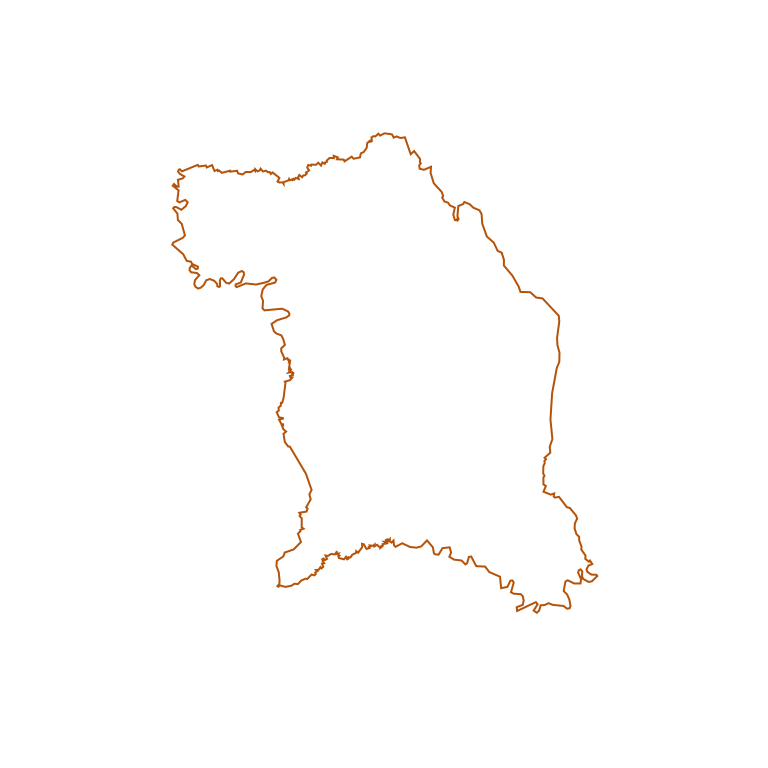 the district of Bojonegoro, Jawa Timur, Indonesia, rotated 243°
{"feature_id": "22746128B62232019301027", "entity_name": "Bojonegoro", "entity_type": "district", "adm_level": 2, "iso_a3": "IDN", "parent_name": "Indonesia", "parent_adm1": "Jawa Timur", "projection": "mercator", "projection_center": [111.819, -7.228], "detail": "fine", "context": "isolated", "style": "outline", "palette": "amber", "viewbox_px": 768, "rotation_deg": 243, "n_neighbors": 0, "source": "geoboundaries", "source_scale": "gbopen_adm2", "svg_char_len": 6165}
<svg xmlns="http://www.w3.org/2000/svg" viewBox="0 0 768 768"><g transform="rotate(243 384 384)"><path d="M129.0,487.8L133.2,487.4L132.6,485.9L136.9,484.0L139.7,485.7L146.9,484.6L149.3,486.1L156.0,486.9L159.3,488.5L162.8,487.3L168.6,488.2L173.1,490.7L176.3,494.9L179.6,495.4L189.2,493.3L191.2,491.0L204.0,488.7L205.2,484.7L206.7,484.1L209.2,486.0L209.7,482.4L215.6,477.2L219.6,481.9L222.2,480.5L228.5,483.7L229.3,485.3L232.0,485.2L238.6,488.8L240.4,491.2L242.6,492.0L243.5,494.2L245.4,493.6L247.3,501.0L252.9,503.2L258.4,509.0L276.8,516.2L299.6,529.7L319.8,545.2L324.2,550.3L332.3,554.6L340.0,556.2L346.6,559.2L360.0,568.5L365.4,570.7L388.3,564.1L392.0,558.8L399.4,556.0L404.1,547.4L409.6,548.2L422.2,547.6L435.2,544.6L440.0,547.2L447.5,548.5L451.1,545.7L460.0,546.0L468.7,542.6L482.2,544.3L491.1,548.1L495.5,547.9L500.4,543.7L505.4,541.9L509.7,538.2L508.4,536.2L508.8,531.0L500.2,525.6L497.1,525.3L496.4,524.0L497.7,523.9L497.1,522.5L498.0,521.6L503.4,522.6L509.0,527.2L513.2,523.8L516.5,523.4L519.2,520.7L523.7,520.5L524.7,522.1L529.0,522.6L540.2,519.5L550.8,521.3L556.2,524.5L556.7,516.8L559.7,513.5L562.8,514.6L564.0,517.0L565.5,516.7L568.1,518.3L577.9,516.6L576.6,512.1L594.3,514.6L595.8,510.2L598.9,507.6L599.1,504.5L602.6,504.5L603.6,503.4L607.1,498.3L607.1,493.3L609.6,492.6L608.5,488.6L609.6,487.2L609.4,484.8L605.9,483.4L606.1,481.6L607.1,481.7L606.3,478.5L602.3,475.8L599.9,471.3L600.0,468.0L596.8,465.5L598.5,459.2L601.2,458.4L600.3,449.9L602.2,450.0L605.6,444.1L606.9,445.7L610.1,442.8L608.0,441.9L610.1,438.2L609.1,434.5L607.9,434.0L608.1,432.3L606.5,430.7L607.7,431.1L609.4,429.7L607.2,427.0L611.0,425.9L610.2,422.9L612.5,418.9L611.6,418.1L613.5,416.0L611.8,413.9L608.3,414.2L607.8,410.5L606.5,410.6L605.8,408.5L606.5,406.8L605.4,404.9L608.7,403.4L607.4,401.5L605.4,401.1L607.7,398.9L606.8,396.9L607.9,396.7L607.8,395.1L606.3,395.2L608.1,394.7L608.3,392.6L609.7,392.5L608.8,391.6L609.4,386.1L607.9,385.4L609.7,385.2L611.1,382.2L612.7,381.6L612.1,380.3L615.2,384.4L623.1,380.7L622.5,378.5L624.8,378.4L625.3,376.8L627.7,375.7L628.3,372.6L631.9,371.8L630.7,370.2L630.9,367.8L633.9,366.8L632.5,365.9L633.7,365.7L633.3,361.5L635.7,357.0L634.9,353.1L637.9,349.6L640.7,349.9L643.0,343.4L643.9,343.7L645.8,335.3L649.1,334.0L649.1,332.7L650.5,332.9L650.7,329.7L657.1,330.2L657.4,324.4L659.5,324.5L661.9,317.7L663.8,317.5L665.2,300.5L668.0,299.6L668.1,298.5L666.8,296.9L663.8,297.5L659.5,300.4L658.6,298.1L659.5,293.1L653.1,290.7L653.7,289.2L657.5,287.7L656.5,285.8L649.8,288.9L640.9,282.8L638.7,284.2L638.3,290.5L635.0,291.6L632.5,288.2L631.2,282.6L635.9,279.3L636.9,277.6L636.3,275.9L629.6,277.3L623.7,274.8L618.5,276.5L606.8,274.1L605.6,271.1L605.7,260.6L604.3,258.6L590.9,264.0L583.3,264.1L580.5,267.6L578.2,267.5L573.0,271.5L571.4,270.4L571.7,268.6L577.0,266.3L575.4,263.4L573.5,262.4L571.1,262.9L567.8,267.7L564.8,268.9L562.3,262.6L559.0,260.3L556.5,260.1L553.5,261.6L553.0,264.4L553.9,268.1L557.1,272.7L556.6,276.5L553.0,279.6L548.9,280.8L546.8,279.9L545.3,281.1L545.6,282.4L550.7,284.7L552.2,286.6L551.4,288.0L546.0,289.2L543.8,291.6L545.5,297.9L549.4,304.6L549.2,308.7L547.2,309.7L544.9,308.9L539.4,302.4L540.1,297.2L538.8,296.2L537.2,296.7L536.3,306.6L530.7,315.2L528.7,323.0L527.9,327.6L529.4,332.7L528.6,334.7L525.6,335.4L523.8,332.9L525.7,324.3L523.3,318.9L518.0,314.5L513.0,314.0L506.6,310.1L503.9,310.9L497.3,327.5L492.1,331.5L489.6,331.6L488.2,330.7L487.7,327.2L489.4,317.6L488.6,311.1L481.1,309.9L478.2,310.8L473.9,314.6L470.1,314.6L463.9,313.5L462.4,308.6L459.8,307.3L452.6,307.0L451.3,306.0L450.8,309.7L449.0,309.5L448.6,310.4L446.8,309.3L446.9,310.6L440.0,305.7L439.0,306.0L440.3,307.6L438.9,307.7L437.5,304.0L436.4,307.5L434.0,308.6L435.0,307.8L434.8,306.9L433.4,306.9L433.9,303.8L432.4,303.6L431.4,305.2L430.1,302.1L431.1,296.7L429.7,296.7L417.6,288.5L413.5,284.8L414.0,283.6L411.5,282.1L410.9,279.4L408.0,278.1L407.6,275.6L402.0,275.3L398.9,279.1L399.8,274.3L394.7,274.4L393.9,275.8L393.0,275.4L393.8,274.2L389.3,273.8L386.1,275.2L385.2,271.8L377.2,269.3L371.8,270.3L370.9,271.7L339.6,273.7L322.5,271.4L319.5,267.4L314.5,266.3L309.5,258.7L307.6,259.3L305.5,257.1L307.7,250.1L305.6,250.5L304.8,248.9L301.6,249.7L293.7,245.6L291.6,246.6L292.0,243.1L290.8,242.7L289.8,239.4L280.9,238.3L277.6,228.4L278.9,219.1L276.1,216.0L275.1,208.2L270.6,205.5L264.2,204.8L256.7,201.9L253.4,200.1L252.3,197.3L251.3,197.9L251.8,199.8L248.0,204.0L246.3,209.9L246.7,213.6L244.8,216.4L246.5,221.2L246.1,225.9L245.1,227.1L247.1,233.0L245.1,235.1L245.7,237.0L247.3,237.1L247.5,239.6L249.1,239.1L248.1,241.4L249.7,244.2L248.1,244.5L248.7,246.8L252.0,247.2L251.5,249.3L254.2,248.9L254.7,250.4L255.9,249.7L255.9,250.9L253.9,251.4L254.0,253.8L257.7,254.0L256.3,256.0L256.6,259.7L254.4,262.9L256.4,266.3L254.6,264.3L253.7,266.4L253.3,265.2L251.4,266.4L251.2,265.2L249.4,264.8L245.9,268.8L247.3,271.7L244.5,271.6L244.5,273.1L245.8,273.7L244.7,275.5L246.3,278.2L246.2,282.3L247.7,283.4L245.4,284.4L248.6,290.6L251.6,291.9L250.4,293.2L245.0,293.5L244.4,296.6L245.7,296.6L245.4,298.1L246.6,298.1L244.7,301.0L245.2,302.7L243.7,301.8L243.8,304.9L240.6,305.9L240.7,307.3L239.6,306.6L240.3,309.4L241.9,310.1L240.8,313.9L243.4,312.6L242.4,314.7L244.2,315.0L243.9,316.7L241.7,315.8L243.0,318.7L241.1,317.7L239.3,318.7L240.2,321.4L235.8,319.7L233.7,320.3L233.8,327.9L226.9,333.3L223.4,338.7L222.4,343.5L225.1,351.3L216.3,353.4L210.4,351.6L208.8,352.5L207.2,355.2L211.2,361.6L208.7,368.3L203.4,367.3L200.4,363.8L195.8,366.6L191.5,373.0L186.4,374.6L186.5,376.6L191.4,381.1L190.7,383.4L179.8,383.5L175.4,391.2L168.5,392.5L159.6,399.9L148.9,395.7L147.2,401.8L151.4,407.4L150.6,409.3L148.1,409.4L140.8,402.6L138.4,404.2L134.6,410.5L131.9,411.3L127.7,410.2L124.2,407.3L124.9,400.9L121.3,399.6L120.7,420.3L118.0,420.9L114.2,414.5L110.8,416.3L111.7,419.4L115.7,423.1L114.1,427.0L114.0,431.1L110.5,434.2L104.8,443.1L100.6,445.2L99.9,447.6L101.6,449.4L107.8,451.3L113.3,451.6L118.0,450.1L125.6,456.0L125.7,458.6L120.0,462.8L117.1,468.5L120.6,471.0L127.8,471.3L129.6,473.0L129.6,475.0L127.1,475.6L122.8,473.1L119.8,473.0L114.7,476.5L113.8,479.7L116.1,486.9L117.6,486.6L120.0,482.3L124.2,479.9L126.9,480.3L129.4,483.7L129.0,487.8Z" fill="none" stroke="#b45309" stroke-width="2"/></g></svg>